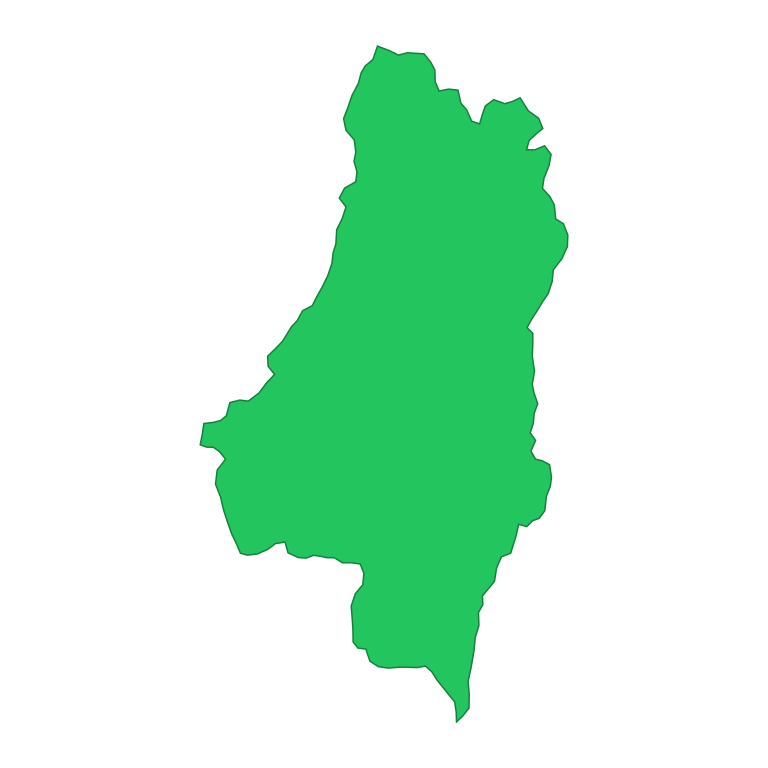 Durandé, Minas Gerais, Brazil (Equal Earth projection)
{"feature_id": "56859067B98935332185461", "entity_name": "Durandé", "entity_type": "district", "adm_level": 2, "iso_a3": "BRA", "parent_name": "Brazil", "parent_adm1": "Minas Gerais", "projection": "equal_earth", "projection_center": [-41.796, -20.15], "detail": "fine", "context": "isolated", "style": "filled", "palette": "green", "viewbox_px": 768, "rotation_deg": 0, "n_neighbors": 0, "source": "geoboundaries", "source_scale": "gbopen_adm2", "svg_char_len": 2309}
<svg xmlns="http://www.w3.org/2000/svg" viewBox="0 0 768 768"><path d="M528.4,110.9L520.1,97.8L513.2,101.2L504.9,103.7L493.7,99.7L485.4,105.9L482.4,114.3L479.6,123.9L471.6,121.1L466.7,109.9L460.9,103.1L458.0,90.1L448.5,89.1L439.1,91.0L435.2,81.8L434.9,70.1L430.8,62.3L424.1,53.8L415.1,53.3L407.7,52.7L398.5,55.1L389.7,50.8L377.5,46.1L372.9,59.5L365.3,65.9L361.2,72.7L358.4,83.3L351.9,95.7L347.5,108.6L343.6,118.6L346.0,130.3L354.3,139.9L355.8,152.2L354.0,161.3L357.0,171.8L355.8,181.7L344.6,188.1L339.3,198.1L346.0,207.0L342.1,218.9L336.7,229.6L335.9,243.8L333.1,252.8L331.9,263.6L327.6,276.1L322.0,287.4L316.9,296.5L312.3,305.7L302.7,310.6L297.1,320.8L291.6,326.5L286.9,334.2L282.6,341.2L275.7,348.4L267.7,356.1L268.1,366.3L274.6,374.4L266.7,382.7L259.1,392.9L248.3,401.1L239.7,400.1L229.9,402.6L226.3,415.8L220.6,420.5L213.3,422.4L203.9,423.5L202.4,433.7L200.2,444.8L206.5,447.1L213.3,447.3L219.5,451.6L225.5,459.2L217.2,470.0L215.5,484.1L220.6,497.1L223.7,510.5L227.4,521.7L231.7,533.9L236.1,543.0L240.4,553.2L247.2,555.1L257.0,554.1L267.7,549.4L275.4,543.6L285.1,542.1L288.0,552.8L298.1,557.5L306.1,558.1L313.3,555.3L320.2,556.2L326.9,557.7L334.2,557.7L342.5,562.8L351.8,562.8L360.2,564.0L363.9,573.2L362.8,584.7L355.4,593.6L351.2,606.0L352.2,618.7L352.9,628.9L353.1,641.9L358.0,648.1L365.9,649.1L369.9,661.2L378.2,666.6L388.3,668.1L399.2,667.2L406.8,667.2L416.7,667.6L425.5,666.1L431.9,671.9L436.7,679.6L442.9,687.4L449.6,695.7L454.7,701.9L456.2,712.1L456.5,721.9L462.7,716.1L469.0,708.1L469.2,694.2L468.1,681.2L471.0,668.1L474.1,650.0L475.2,637.6L478.9,625.5L478.5,612.5L482.8,604.7L482.5,595.9L494.5,581.3L496.6,567.9L501.5,556.8L510.7,553.2L515.7,537.3L518.7,524.3L526.8,526.6L532.6,520.7L539.2,518.3L544.8,510.7L546.4,496.2L550.3,486.4L551.5,477.3L549.6,464.7L542.0,460.7L535.6,459.2L530.9,451.1L535.6,440.5L530.2,432.8L533.3,423.3L534.2,413.3L537.7,403.7L534.0,392.9L532.3,384.3L534.5,371.2L532.3,356.5L532.8,342.9L532.8,333.3L527.0,327.6L531.6,319.3L537.0,311.0L542.5,301.9L548.2,293.6L552.2,281.5L553.3,269.8L561.9,258.7L567.4,246.6L567.8,234.9L563.4,223.8L555.7,218.9L554.3,204.9L549.9,196.6L542.5,188.5L543.9,178.6L549.0,165.6L551.1,154.5L544.6,145.8L534.9,149.8L526.6,149.8L529.1,140.5L536.0,134.1L542.8,128.4L538.6,118.2L528.4,110.9Z" fill="#22c55e" stroke="#15803d" stroke-width="1.5"/></svg>